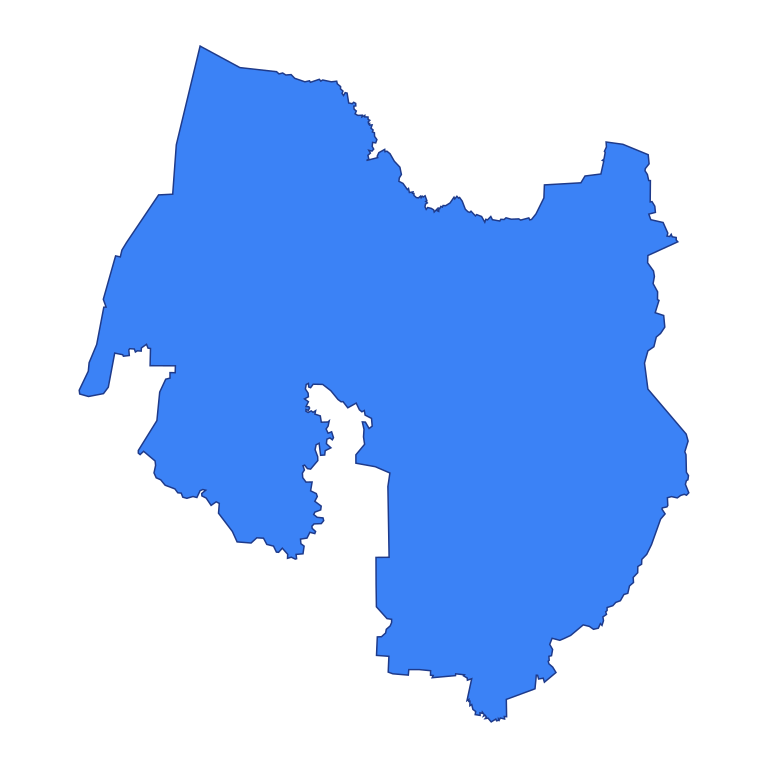 Cotabato, Cotabato, Philippines
{"feature_id": "2640588B30235147478886", "entity_name": "Cotabato", "entity_type": "district", "adm_level": 2, "iso_a3": "PHL", "parent_name": "Philippines", "parent_adm1": "Cotabato", "projection": "natural_earth1", "projection_center": [124.836, 7.183], "detail": "fine", "context": "isolated", "style": "filled", "palette": "blue", "viewbox_px": 768, "rotation_deg": 0, "n_neighbors": 0, "source": "geoboundaries", "source_scale": "gbopen_adm2", "svg_char_len": 6102}
<svg xmlns="http://www.w3.org/2000/svg" viewBox="0 0 768 768"><path d="M374.4,132.7L372.4,131.9L373.1,130.0L371.0,128.2L372.1,124.9L369.6,125.1L369.6,123.4L368.6,123.8L368.2,121.9L369.8,120.3L368.1,119.3L368.0,117.0L364.7,116.9L364.8,115.4L361.9,116.9L362.3,115.2L357.8,115.4L355.1,113.8L356.3,111.0L354.1,109.2L353.8,106.2L355.8,105.9L355.7,103.4L353.7,102.3L352.2,103.7L348.7,103.0L347.1,93.1L345.2,92.6L343.5,95.5L342.0,93.3L343.0,91.1L340.5,88.9L340.6,86.6L337.3,83.8L336.7,81.2L331.3,81.8L322.7,80.0L320.8,81.1L319.3,79.3L310.4,82.3L309.5,80.8L304.9,81.8L294.7,78.3L291.1,74.6L285.8,75.0L282.7,73.0L279.0,73.9L276.6,71.7L239.9,67.6L200.1,46.1L176.3,144.8L172.7,194.2L158.6,194.9L126.6,242.4L121.9,250.1L120.3,256.9L115.6,255.9L103.3,299.3L106.1,307.1L103.8,307.2L96.7,344.5L89.1,362.7L88.3,371.2L79.2,390.2L79.7,394.0L88.5,396.5L103.5,393.6L108.3,387.2L114.7,353.1L122.7,354.7L123.4,356.2L129.3,355.5L128.8,349.9L129.7,348.7L134.3,349.0L135.4,352.0L137.4,350.8L141.2,351.1L141.4,347.9L146.5,344.3L148.0,348.1L150.5,348.5L150.1,365.7L175.4,365.8L175.2,372.7L170.0,372.6L170.0,378.1L165.7,379.2L159.7,392.1L156.9,420.6L138.3,450.5L138.3,453.1L140.1,454.6L143.6,451.3L155.1,461.0L155.6,465.4L154.0,472.9L156.2,477.8L160.7,479.8L165.1,485.2L174.9,488.9L177.8,492.8L181.2,493.1L182.8,497.2L186.9,498.3L193.0,496.5L196.9,497.5L200.1,490.7L202.8,489.5L205.7,490.2L201.7,493.5L201.9,495.9L206.2,498.1L211.1,505.4L216.2,501.8L219.3,503.4L218.5,513.2L232.4,531.5L237.1,541.9L251.1,543.0L256.8,537.8L263.5,538.2L266.8,544.4L273.5,546.1L276.4,552.1L278.6,552.3L282.3,548.2L287.7,554.3L287.5,558.3L291.3,557.2L295.3,559.1L296.6,558.7L296.1,554.4L303.0,553.8L304.1,546.1L300.9,543.7L300.5,539.1L307.0,538.1L309.9,532.3L314.8,533.6L315.6,531.5L312.2,528.4L311.9,526.2L314.1,523.9L321.3,523.6L323.7,520.6L323.0,517.9L317.2,517.3L313.7,514.5L314.9,512.1L320.7,509.9L321.2,506.1L314.8,501.3L317.3,496.5L316.3,493.6L310.6,490.8L312.1,482.0L306.0,482.1L302.7,477.6L302.4,473.1L304.4,470.0L303.0,465.7L304.6,465.1L307.4,468.6L310.6,469.1L317.8,460.6L317.7,456.7L315.1,449.7L316.1,444.8L319.1,443.2L320.6,455.3L324.7,455.0L325.2,450.7L330.9,447.8L326.4,443.7L326.9,439.2L329.9,437.9L332.3,439.8L333.5,437.7L331.6,431.8L328.1,433.2L326.1,429.0L328.1,426.1L329.2,420.9L327.9,422.0L321.3,422.2L320.3,415.9L314.9,414.1L315.6,410.7L313.0,412.3L311.2,410.9L308.1,412.5L305.9,411.2L306.0,409.4L308.4,410.4L309.6,408.0L308.8,406.7L306.0,406.6L308.4,401.7L304.5,398.9L308.4,396.8L308.1,393.1L305.4,389.0L306.2,384.5L308.4,383.4L308.7,387.0L310.6,387.7L313.2,384.2L322.7,384.4L330.8,390.7L338.0,399.5L341.1,401.8L343.0,401.6L347.8,407.8L356.2,403.1L359.4,409.8L361.9,411.8L364.3,410.5L365.1,415.1L371.5,418.4L372.2,426.1L369.1,428.5L365.4,422.1L362.3,421.9L364.0,429.4L363.5,436.9L364.6,444.3L355.9,454.8L355.9,463.2L375.3,466.7L389.9,473.0L387.9,486.5L389.1,557.3L376.0,557.4L376.1,584.5L376.4,606.8L387.0,618.6L391.6,619.3L391.6,622.5L390.2,625.9L386.3,629.3L385.6,633.0L381.5,636.7L377.3,636.9L376.5,655.4L388.9,656.3L388.2,672.1L392.8,673.8L408.3,675.1L408.8,669.6L419.4,669.6L430.6,670.7L430.5,675.2L433.2,675.5L432.2,677.7L455.5,675.6L455.7,673.8L464.4,674.8L463.5,675.8L467.2,678.0L467.4,680.2L471.7,678.7L467.0,700.6L468.9,699.4L468.8,701.4L469.9,701.2L469.9,705.7L471.7,704.5L472.9,709.4L475.7,711.5L475.2,714.6L480.1,715.4L480.0,712.8L482.1,713.3L482.3,712.1L484.3,714.8L483.6,716.1L485.2,715.3L486.4,717.1L485.2,718.6L488.1,718.2L491.2,721.9L495.8,719.1L496.6,720.8L498.5,720.4L498.5,719.1L499.2,720.2L500.3,718.0L504.6,719.0L504.3,716.5L506.6,716.7L506.3,699.4L535.0,688.8L536.3,675.2L537.6,675.3L538.6,679.0L543.2,678.2L544.4,682.2L556.0,672.5L552.7,667.1L548.9,663.8L548.2,661.2L549.2,660.4L548.9,656.3L551.5,655.7L552.6,649.5L549.7,644.4L552.1,638.3L559.8,640.3L564.3,638.4L570.7,635.4L583.2,624.9L589.4,626.4L593.5,629.3L598.3,628.2L600.4,623.6L602.0,625.4L603.5,620.7L602.9,616.9L606.5,614.4L605.7,611.8L607.1,610.5L607.1,607.5L612.8,605.7L615.8,602.4L620.4,600.7L623.9,594.5L627.8,593.3L629.5,585.9L633.5,582.5L633.2,577.4L637.7,572.7L637.8,566.5L641.6,564.2L641.8,559.4L646.7,554.4L651.5,544.6L660.6,519.1L665.1,513.9L662.0,509.2L662.3,507.9L666.9,506.9L667.8,505.5L667.4,497.7L671.5,496.6L677.3,497.9L680.7,495.4L684.3,494.3L686.5,495.2L688.8,492.8L685.4,484.3L686.4,480.6L687.9,479.8L688.5,475.6L686.4,472.3L686.0,454.7L684.8,451.8L688.1,441.1L686.2,434.1L647.9,389.1L644.5,363.1L647.9,350.9L653.9,346.7L656.3,337.0L660.6,333.4L664.8,327.1L663.7,315.5L655.2,312.7L659.0,300.4L657.5,299.6L657.6,291.8L653.1,283.6L654.4,276.4L653.5,271.0L647.6,262.8L647.9,255.5L677.8,241.8L676.2,240.0L676.2,237.5L672.2,236.8L671.2,234.3L669.7,236.5L667.0,236.1L667.8,233.1L663.1,222.5L650.8,219.7L648.8,214.1L655.4,212.4L654.8,206.2L652.0,201.6L650.2,201.9L650.4,180.6L648.7,180.5L647.4,174.5L645.0,170.8L645.3,168.6L649.1,163.8L648.2,154.7L622.9,144.3L606.1,142.0L606.4,147.0L604.4,151.4L605.2,152.4L604.0,159.0L602.4,160.4L603.8,160.9L600.9,174.0L585.0,176.0L580.9,182.8L544.4,184.9L543.9,197.9L536.0,213.9L531.6,219.4L529.8,219.9L528.8,217.9L520.6,220.1L518.8,218.9L511.2,219.2L506.0,217.8L504.1,219.5L500.8,219.3L499.8,221.0L492.4,219.7L490.8,216.5L487.5,219.9L485.8,219.3L484.8,222.2L481.6,216.5L476.7,214.6L475.4,215.9L471.0,211.2L469.8,212.4L468.0,211.8L465.3,209.2L462.2,201.1L459.6,197.5L458.5,198.1L456.9,196.3L454.8,198.9L454.0,197.2L450.0,203.0L445.6,205.7L443.1,205.5L442.3,207.1L440.9,206.4L439.7,208.6L438.8,208.2L438.7,211.4L437.2,210.7L437.2,208.9L434.2,212.0L433.7,209.9L431.3,208.4L427.7,207.5L426.2,209.4L425.0,206.8L425.5,204.1L427.3,202.9L425.7,201.4L426.9,200.8L425.1,195.8L423.2,197.0L422.1,196.1L421.1,197.7L420.5,196.2L418.4,197.9L416.4,197.6L414.0,195.5L413.9,193.5L412.5,193.4L413.0,191.9L409.4,192.5L408.5,188.5L407.4,189.6L403.0,183.4L398.9,181.3L399.3,177.9L401.4,174.5L399.9,167.2L394.3,161.2L390.0,153.7L386.9,151.2L385.0,151.7L384.7,149.4L378.9,152.6L377.2,156.2L377.7,157.6L366.5,160.5L368.8,159.0L367.9,155.3L370.4,153.1L368.8,150.3L372.0,151.1L373.7,149.1L372.2,146.5L372.6,142.4L375.7,142.9L376.9,139.6L374.6,136.4L374.4,132.7Z" fill="#3b82f6" stroke="#1e3a8a" stroke-width="1.5"/></svg>